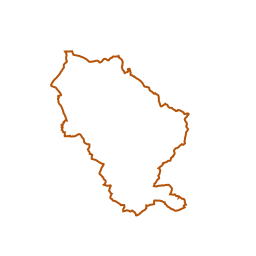 Rocafuerte, Manabi, Ecuador, rotated 65°
{"feature_id": "8360857B52091379979635", "entity_name": "Rocafuerte", "entity_type": "district", "adm_level": 2, "iso_a3": "ECU", "parent_name": "Ecuador", "parent_adm1": "Manabi", "projection": "natural_earth1", "projection_center": [-80.385, -0.898], "detail": "fine", "context": "isolated", "style": "outline", "palette": "amber", "viewbox_px": 256, "rotation_deg": 65, "n_neighbors": 0, "source": "geoboundaries", "source_scale": "gbopen_adm2", "svg_char_len": 5895}
<svg xmlns="http://www.w3.org/2000/svg" viewBox="0 0 256 256"><g transform="rotate(65 128 128)"><path d="M222.0,107.9L221.5,107.9L221.3,108.1L219.0,107.8L218.0,107.3L217.3,107.2L216.6,107.2L216.0,107.4L215.7,107.6L215.4,108.4L214.6,109.2L212.4,110.3L212.0,110.4L212.0,110.7L212.3,111.4L211.8,111.1L211.1,111.2L210.6,111.6L210.4,112.4L209.9,113.2L209.6,113.3L208.4,113.3L208.1,113.5L207.8,113.9L207.7,115.0L206.4,116.9L205.9,117.9L205.3,117.2L204.6,116.2L203.3,115.0L202.0,114.0L201.4,113.8L200.4,113.9L198.6,114.3L196.7,115.1L195.7,117.5L195.0,120.6L194.7,120.8L194.3,121.4L194.1,122.3L194.0,123.1L193.2,124.7L193.1,125.4L193.2,126.3L193.0,126.7L192.8,127.4L191.6,129.1L190.8,128.2L189.7,127.7L189.6,126.8L189.5,126.4L188.8,125.2L187.9,124.2L187.6,123.7L187.0,122.1L186.9,121.1L185.4,120.6L184.1,120.8L183.9,120.4L183.3,119.3L181.2,117.5L179.9,116.6L178.7,116.6L178.3,116.8L177.4,117.4L176.7,115.0L176.6,113.9L176.4,113.2L175.7,111.7L174.9,111.4L174.6,111.1L174.6,110.8L174.9,109.7L175.1,107.7L175.1,106.7L174.8,106.0L174.8,105.7L174.8,105.3L175.5,103.4L173.9,101.9L173.2,101.5L172.9,99.2L172.6,99.2L172.1,98.6L171.7,97.4L171.4,97.0L170.7,96.4L168.3,96.0L167.8,95.7L167.1,94.7L166.7,93.7L166.6,93.1L166.9,92.1L166.9,90.9L166.6,89.9L165.9,88.6L165.7,86.9L165.4,86.1L166.6,85.0L166.1,83.0L165.7,82.6L164.5,82.7L164.0,82.5L163.0,81.6L160.6,80.2L159.8,79.3L158.4,78.5L157.7,77.8L156.5,77.2L156.2,76.8L155.9,76.0L154.5,74.1L151.3,74.6L150.5,74.1L150.2,73.5L149.8,73.2L148.6,72.7L148.0,72.7L146.7,73.0L145.4,73.1L144.5,73.1L144.1,72.9L143.7,72.6L142.6,70.0L142.0,69.2L141.5,67.8L141.1,67.2L140.1,67.6L139.9,68.0L139.5,70.2L139.2,70.9L138.7,71.2L137.5,71.0L137.2,71.2L134.3,73.2L133.1,74.6L132.8,75.1L132.9,75.4L133.2,76.1L133.2,76.5L132.7,77.6L131.8,77.8L130.1,79.1L128.5,79.7L127.6,81.0L127.3,81.7L126.7,82.2L125.7,82.5L123.7,82.6L123.2,82.9L122.5,83.8L121.8,84.0L122.2,85.6L122.5,87.7L122.5,88.4L122.2,89.1L121.1,89.2L120.0,88.9L118.9,88.9L117.9,88.6L116.5,88.7L114.9,87.8L114.1,87.6L112.9,87.0L111.8,86.8L110.9,86.8L108.6,88.6L107.9,88.7L108.0,89.7L107.7,90.1L105.3,90.9L104.4,91.6L102.8,92.4L100.5,91.9L99.7,92.4L97.4,95.5L96.8,95.7L94.0,95.8L92.1,96.2L90.4,96.9L87.8,98.3L87.2,98.9L86.1,99.6L83.9,100.6L84.0,101.0L82.1,101.9L81.6,102.8L81.1,103.2L80.6,103.2L79.8,102.6L79.2,102.4L78.6,102.1L77.7,102.2L76.8,101.7L76.2,101.7L75.2,101.6L74.9,101.7L74.6,102.8L74.6,103.2L75.1,103.5L76.1,103.4L76.8,104.2L77.0,104.5L76.8,106.6L76.8,107.8L74.9,107.7L73.0,108.2L70.4,107.9L69.8,107.6L69.4,107.2L68.8,106.4L68.6,106.4L67.6,106.0L66.4,105.0L66.0,104.9L65.5,105.0L64.5,104.8L63.0,104.9L62.0,105.4L60.1,106.6L59.9,106.5L60.0,106.2L59.0,106.1L59.1,106.3L58.8,106.6L58.0,109.2L57.2,110.7L56.9,111.7L57.2,112.5L57.5,112.8L57.4,114.7L58.4,116.7L58.4,117.4L57.8,117.9L56.0,119.0L55.6,119.4L55.3,120.8L55.5,121.4L56.7,123.7L56.8,124.9L56.8,125.7L56.5,126.1L56.0,126.4L55.2,126.4L54.2,127.1L53.7,128.1L52.9,132.0L51.8,134.9L51.1,135.4L49.2,136.1L47.9,136.8L45.5,138.5L43.3,140.7L42.2,141.6L38.6,146.5L34.8,146.3L33.4,149.9L32.1,152.7L34.8,152.5L36.5,153.2L38.1,154.4L40.2,155.1L41.7,155.2L42.0,155.3L43.2,158.8L43.6,159.5L44.7,160.0L46.1,160.5L46.9,162.1L48.5,164.5L49.0,165.6L49.9,166.5L52.4,171.8L52.8,173.5L54.0,176.1L56.1,179.1L56.6,179.6L57.3,179.7L57.9,179.4L60.2,177.0L60.6,176.6L61.4,176.2L63.3,175.9L67.2,174.7L69.8,174.6L69.9,174.8L70.0,175.4L69.6,177.3L69.6,177.9L71.3,177.9L71.4,178.0L71.5,178.8L71.8,179.1L72.7,179.3L73.8,179.5L75.3,180.1L77.3,180.1L79.1,179.4L83.1,179.4L84.3,179.6L86.5,179.8L86.9,180.1L89.2,179.9L92.1,180.0L95.4,180.4L94.6,181.8L94.9,182.3L95.4,183.9L95.6,184.1L96.1,183.9L96.6,184.5L96.9,185.4L97.0,186.5L97.2,187.0L97.8,186.8L98.5,186.4L99.2,187.9L99.7,187.9L100.2,187.3L101.6,188.7L101.9,188.3L104.3,188.5L105.1,187.1L105.9,187.6L106.9,187.8L108.2,188.7L108.7,188.8L109.3,187.6L110.2,185.4L110.4,184.2L110.7,184.3L110.7,184.1L111.9,182.8L112.1,182.4L112.1,181.6L112.9,180.3L113.0,178.4L112.8,176.9L112.7,175.3L112.9,174.9L113.7,174.1L114.9,173.6L116.6,173.7L119.0,172.9L120.3,173.0L121.8,173.7L123.1,173.5L123.7,173.1L125.4,171.9L126.1,170.6L126.2,170.2L126.6,170.0L127.6,170.3L129.0,171.1L129.4,171.6L129.9,172.7L130.4,173.4L132.1,173.4L133.5,173.1L134.7,173.3L135.4,173.6L136.0,172.6L136.7,172.1L137.3,171.8L137.7,172.0L138.0,172.5L138.3,172.8L139.7,173.4L140.4,173.9L140.7,173.9L141.3,173.1L142.2,172.1L142.8,171.3L143.5,170.6L146.8,168.6L148.8,167.1L149.6,166.5L150.3,165.4L150.9,165.6L151.4,166.1L152.4,167.9L153.3,169.2L154.3,170.0L156.5,172.6L156.9,172.9L157.7,173.1L158.1,173.1L158.7,172.6L160.2,172.1L161.5,171.9L162.3,171.3L164.2,171.6L165.7,170.7L166.1,170.7L167.0,170.8L167.7,171.2L168.9,172.7L169.2,174.0L169.5,173.8L170.1,172.6L171.4,171.7L171.6,171.3L172.5,168.3L172.8,168.0L173.0,168.0L173.4,168.3L174.4,169.6L176.1,171.0L176.8,171.7L177.1,171.7L178.3,171.3L179.6,171.2L180.8,170.5L182.2,172.4L182.7,172.7L183.6,173.5L184.4,173.5L184.9,173.3L185.7,172.5L186.9,172.5L187.5,172.2L187.9,171.9L188.4,170.9L188.9,170.4L193.1,167.7L194.1,167.2L194.8,167.2L195.6,165.2L196.1,164.4L196.3,164.0L198.1,164.6L199.5,166.7L201.5,167.5L202.0,165.3L202.1,163.7L203.4,162.2L204.6,161.3L204.8,160.8L204.8,160.5L204.5,159.5L204.8,158.8L205.0,158.7L206.0,158.4L207.2,157.6L209.3,157.3L210.0,157.6L210.5,157.7L210.8,157.4L210.9,157.0L211.0,156.2L210.8,153.8L210.2,152.6L210.0,151.4L209.5,150.1L209.3,147.2L208.5,145.4L208.2,145.0L207.5,145.0L206.8,144.7L205.9,144.1L206.5,143.6L206.9,142.8L207.0,140.3L207.8,137.7L208.0,136.4L205.9,135.6L204.9,134.9L205.0,134.5L205.5,133.2L206.2,132.2L207.2,129.9L207.5,129.5L208.1,129.1L208.6,128.2L210.0,127.3L210.6,126.6L210.9,126.1L211.8,126.5L212.3,126.6L213.4,125.9L215.8,125.4L217.1,124.4L218.3,123.6L219.8,123.1L220.3,122.4L220.5,121.8L222.5,120.6L223.0,120.1L223.3,119.3L223.8,117.2L223.9,116.0L223.9,110.2L223.3,110.3L222.0,110.4L221.8,109.8L221.7,109.0L222.0,108.3L222.0,107.9Z" fill="none" stroke="#b45309" stroke-width="2"/></g></svg>